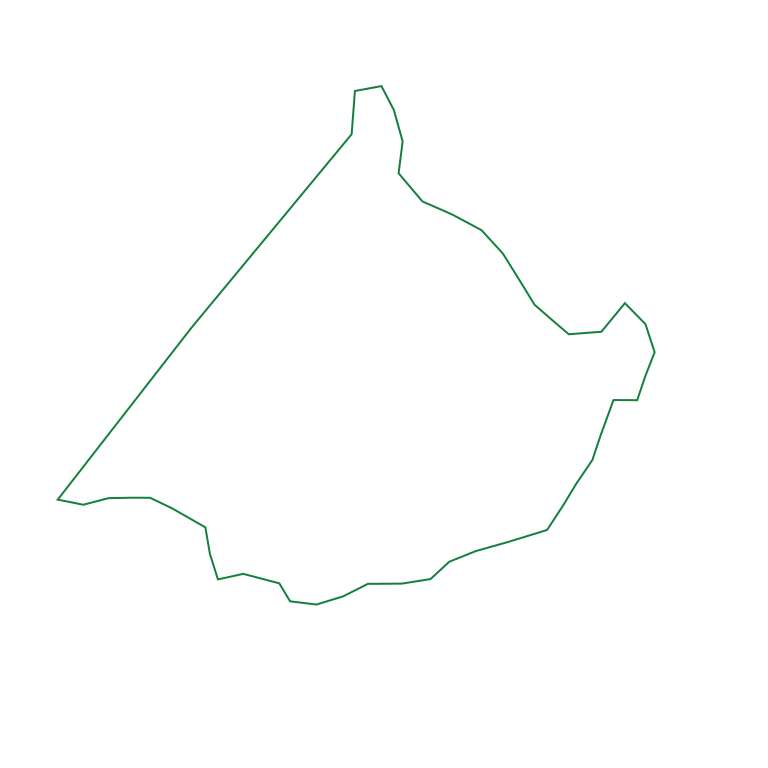 Areial, Paraíba, Brazil (Mercator projection), rotated 119°
{"feature_id": "56859067B12551730275049", "entity_name": "Areial", "entity_type": "district", "adm_level": 2, "iso_a3": "BRA", "parent_name": "Brazil", "parent_adm1": "Paraíba", "projection": "mercator", "projection_center": [-35.932, -7.048], "detail": "fine", "context": "isolated", "style": "outline", "palette": "green", "viewbox_px": 768, "rotation_deg": 119, "n_neighbors": 0, "source": "geoboundaries", "source_scale": "gbopen_adm2", "svg_char_len": 742}
<svg xmlns="http://www.w3.org/2000/svg" viewBox="0 0 768 768"><g transform="rotate(119 384 384)"><path d="M643.3,613.3L635.4,588.5L617.4,569.6L606.9,551.5L596.9,533.4L595.5,509.1L596.0,470.7L617.0,453.9L635.4,434.5L618.3,415.1L609.1,378.9L619.6,360.8L609.6,336.1L589.4,316.7L566.6,301.2L550.0,271.7L532.0,248.7L507.9,240.8L485.6,222.7L462.4,199.3L432.6,170.6L402.4,168.4L377.9,167.5L349.4,164.9L323.6,169.7L286.8,175.5L275.4,154.7L250.9,159.2L225.0,162.7L204.9,184.3L196.5,212.5L232.9,219.2L250.9,246.5L246.5,268.2L241.7,290.7L226.3,318.0L212.3,343.2L202.2,373.2L202.7,406.3L205.7,438.9L192.6,473.4L162.8,485.3L139.6,508.2L124.7,530.7L141.8,551.5L181.2,533.4L428.2,579.7L643.3,613.3Z" fill="none" stroke="#15803d" stroke-width="2"/></g></svg>